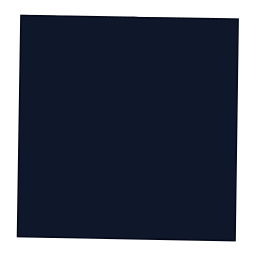 outline of Harlan, Nebraska, United States of America, rotated 181°
{"feature_id": "52423323B42247307732107", "entity_name": "Harlan", "entity_type": "district", "adm_level": 2, "iso_a3": "USA", "parent_name": "United States of America", "parent_adm1": "Nebraska", "projection": "equal_earth", "projection_center": [-99.371, 40.176], "detail": "fine", "context": "isolated", "style": "filled", "palette": "ink", "viewbox_px": 256, "rotation_deg": 181, "n_neighbors": 0, "source": "geoboundaries", "source_scale": "gbopen_adm2", "svg_char_len": 447}
<svg xmlns="http://www.w3.org/2000/svg" viewBox="0 0 256 256"><g transform="rotate(181 128 128)"><path d="M236.6,17.5L19.0,17.2L19.8,238.8L20.9,238.8L21.2,238.8L81.0,238.7L82.3,238.7L83.0,238.7L85.0,238.7L91.2,238.7L118.8,238.5L124.1,238.8L128.5,238.7L183.0,238.7L185.0,238.7L186.8,238.7L200.8,238.6L202.5,238.7L219.0,238.7L228.0,238.6L232.2,238.7L233.2,238.7L237.0,238.7L236.6,17.5Z" fill="#0f172a" stroke="#020617" stroke-width="1.5"/></g></svg>